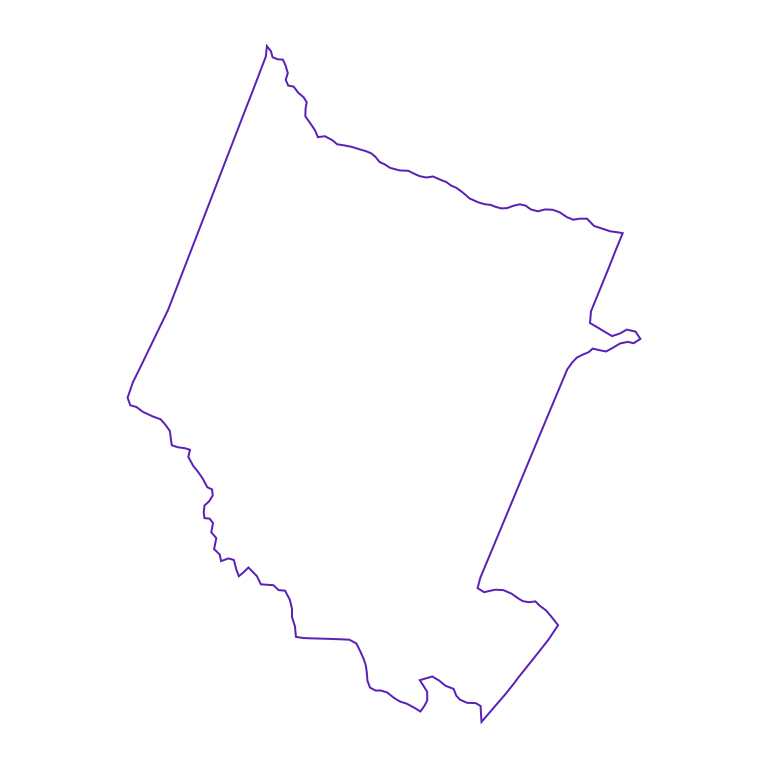 the district of Sooretama, Espírito Santo, Brazil
{"feature_id": "56859067B28785690649681", "entity_name": "Sooretama", "entity_type": "district", "adm_level": 2, "iso_a3": "BRA", "parent_name": "Brazil", "parent_adm1": "Espírito Santo", "projection": "natural_earth1", "projection_center": [-40.136, -19.069], "detail": "fine", "context": "isolated", "style": "outline", "palette": "violet", "viewbox_px": 768, "rotation_deg": 0, "n_neighbors": 0, "source": "geoboundaries", "source_scale": "gbopen_adm2", "svg_char_len": 2583}
<svg xmlns="http://www.w3.org/2000/svg" viewBox="0 0 768 768"><path d="M266.9,46.1L265.8,56.6L255.2,84.4L251.1,95.1L246.4,107.0L205.8,212.3L168.2,309.6L143.7,360.3L140.1,367.7L132.8,382.5L127.6,397.7L130.3,405.3L136.4,407.0L142.7,411.7L152.4,416.3L160.6,419.3L165.7,425.1L169.9,431.1L170.7,437.6L171.8,445.3L178.0,447.3L184.8,448.2L190.0,449.8L188.3,456.9L193.3,466.0L198.0,471.8L202.6,478.4L207.3,487.2L212.1,489.5L212.7,495.6L209.2,501.2L204.5,505.5L203.7,512.3L204.5,518.1L209.7,518.7L213.0,523.0L211.3,532.3L216.3,538.1L214.1,549.1L219.7,554.5L221.1,561.1L228.5,558.4L233.9,560.0L236.1,568.8L238.8,576.2L243.2,572.6L248.4,567.5L256.9,576.1L260.9,584.3L267.5,584.8L273.4,585.2L278.6,590.1L285.1,590.7L289.8,599.7L292.0,608.8L292.0,617.1L295.0,626.5L295.9,636.8L302.9,638.0L310.0,638.3L323.6,638.7L332.9,639.0L343.2,639.4L349.3,639.7L356.3,643.4L360.4,651.6L363.7,659.0L365.8,665.4L366.9,673.2L367.4,680.6L370.0,687.6L375.4,690.5L380.8,690.5L387.2,692.5L394.0,697.9L399.9,701.5L407.0,703.8L414.2,707.7L420.4,711.5L424.5,705.7L427.2,700.6L427.2,691.9L423.6,686.0L419.8,680.2L432.3,676.5L439.2,680.6L445.5,685.8L453.6,688.9L456.3,695.7L459.9,699.6L467.0,702.8L475.7,703.1L480.6,706.0L480.9,712.5L481.5,721.9L505.2,694.4L514.4,682.9L518.2,677.7L538.9,651.8L548.2,640.0L558.1,625.2L550.9,616.1L545.9,610.3L539.8,605.8L535.4,601.4L529.1,602.2L522.9,601.2L518.4,598.5L511.4,593.6L503.3,590.1L495.6,589.7L490.4,590.7L484.1,592.2L477.6,588.1L480.3,577.8L497.0,537.8L501.6,526.8L548.5,414.0L567.3,369.3L572.2,362.5L576.8,357.6L582.6,354.7L588.8,352.1L592.7,348.6L599.5,350.2L606.1,351.5L612.6,347.9L620.2,343.4L627.9,341.9L633.6,343.2L640.4,338.9L635.5,331.6L626.8,329.6L619.9,333.5L612.1,336.1L604.4,331.6L596.8,327.0L590.0,323.1L591.0,311.3L608.5,268.5L615.4,251.0L622.7,233.2L617.7,232.3L610.2,231.3L600.9,228.2L594.0,225.9L587.0,218.7L579.4,218.7L573.3,219.7L566.8,217.1L559.7,212.3L552.7,209.8L545.3,209.4L537.8,211.3L530.8,209.4L525.6,205.6L519.7,204.3L513.4,205.8L507.0,208.1L501.4,208.4L495.4,206.8L490.8,204.9L485.0,204.3L478.1,202.3L469.5,198.4L462.9,192.6L456.3,187.8L451.2,185.6L446.4,182.1L439.1,179.2L433.0,176.5L426.4,177.5L419.8,176.2L414.7,174.0L408.3,170.8L399.6,170.4L390.2,167.9L384.4,164.2L379.5,162.0L375.6,157.0L371.2,153.3L365.8,151.1L359.2,149.2L351.9,146.9L343.8,145.3L337.2,144.3L332.6,140.4L324.9,136.2L317.9,137.2L315.1,130.5L311.0,124.3L305.3,116.3L305.6,108.5L306.7,102.3L303.7,97.3L298.2,92.7L293.6,86.6L288.2,85.6L285.7,79.9L287.8,73.1L285.7,65.9L282.9,59.6L277.7,59.3L272.6,57.3L270.9,51.2L266.9,46.1Z" fill="none" stroke="#5b21b6" stroke-width="2"/></svg>